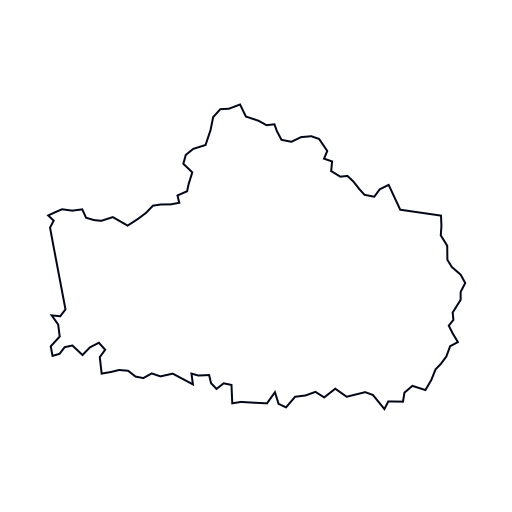 Lagoa de São Francisco, Piauí, Brazil (Albers equal-area conic projection), rotated 6°
{"feature_id": "56859067B87482275169203", "entity_name": "Lagoa de São Francisco", "entity_type": "district", "adm_level": 2, "iso_a3": "BRA", "parent_name": "Brazil", "parent_adm1": "Piauí", "projection": "albers", "projection_center": [-41.587, -4.356], "detail": "fine", "context": "isolated", "style": "outline", "palette": "ink", "viewbox_px": 512, "rotation_deg": 6, "n_neighbors": 0, "source": "geoboundaries", "source_scale": "gbopen_adm2", "svg_char_len": 1702}
<svg xmlns="http://www.w3.org/2000/svg" viewBox="0 0 512 512"><g transform="rotate(6 256 256)"><path d="M315.9,144.1L306.5,133.0L298.5,131.1L288.3,133.1L279.3,138.7L269.2,137.8L263.7,129.6L260.6,123.1L252.8,124.8L244.3,121.2L231.4,118.4L224.3,107.0L213.6,112.4L205.2,113.7L198.9,122.3L197.6,135.7L194.2,150.9L182.4,156.0L175.6,162.8L174.1,171.9L183.9,179.5L181.5,191.4L180.7,198.8L171.6,204.0L174.1,211.1L165.7,213.6L155.9,214.7L148.3,216.7L142.0,224.7L134.8,231.4L125.1,239.2L116.6,235.4L109.5,232.3L98.4,237.2L91.0,237.2L83.0,235.7L78.3,227.8L68.5,230.1L58.2,229.8L51.8,233.4L45.1,237.4L51.1,242.0L48.2,249.3L53.0,265.5L72.1,329.0L67.6,336.4L59.0,336.4L66.4,344.8L69.2,356.6L61.3,367.3L64.1,376.6L70.9,373.8L75.2,366.7L82.7,364.2L93.8,372.6L100.4,364.2L108.8,358.7L115.8,365.0L111.2,372.9L114.8,389.1L123.9,386.5L131.7,383.7L140.8,383.5L148.8,388.5L156.7,389.2L164.5,383.7L173.6,385.7L185.5,381.7L206.7,390.3L204.1,379.7L211.2,380.9L221.8,379.3L224.6,387.2L230.6,392.3L237.2,386.0L245.1,386.8L247.8,405.0L256.2,402.7L267.4,402.2L282.3,401.4L289.1,389.5L293.9,400.7L301.7,403.4L309.6,391.9L319.9,389.5L329.3,384.9L338.6,389.5L348.7,379.7L360.9,386.5L378.8,380.0L386.8,382.0L399.7,394.8L402.8,386.8L417.4,385.5L417.9,376.4L425.1,368.8L438.5,371.6L443.3,361.0L446.4,350.0L451.1,344.0L455.8,336.1L458.5,325.4L465.8,320.5L459.8,312.6L455.0,305.1L459.0,298.9L457.5,291.6L464.1,278.2L463.3,270.3L466.9,261.0L461.5,253.2L451.9,246.5L446.7,239.7L445.1,225.8L437.6,216.2L437.3,207.1L435.8,196.5L394.6,194.9L380.5,171.4L372.1,176.7L367.4,184.7L357.5,183.8L351.8,178.7L345.2,171.9L338.6,166.8L331.6,168.3L321.9,163.7L321.8,154.0L313.5,152.1L315.9,144.1Z" fill="none" stroke="#020617" stroke-width="2"/></g></svg>